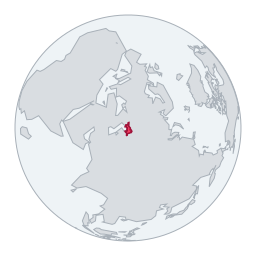 globe centered on Atyrau, rotated 83°
{"feature_id": "KAZ-3198", "entity_name": "Atyrau", "entity_type": "Region", "adm_level": 1, "iso_a3": "KAZ", "parent_name": "Kazakhstan", "parent_adm1": "", "projection": "orthographic", "projection_center": [51.054, 47.461], "detail": "fine", "context": "on_globe", "style": "filled", "palette": "rose", "viewbox_px": 256, "rotation_deg": 83, "n_neighbors": 0, "source": "natural_earth", "source_scale": "10m", "svg_char_len": 12137}
<svg xmlns="http://www.w3.org/2000/svg" viewBox="0 0 256 256"><g transform="rotate(83 128 128)"><circle cx="128" cy="128" r="113" fill="#eef3f6" stroke="#a8b0b8"/><path d="M121.5,15.5L122.4,16.1L119.5,16.1L120.1,16.4L123.8,16.5L126.1,16.6L133.3,19.7L145.1,23.1L150.4,23.4L148.0,24.2L159.0,24.5L166.4,26.9L157.1,24.7L155.4,25.0L159.9,26.8L159.2,27.5L160.9,28.8L159.6,29.6L154.3,28.5L153.3,29.1L156.6,30.3L157.3,32.1L152.7,30.1L153.5,33.0L144.7,32.3L133.3,27.3L127.5,28.5L113.1,27.7L113.5,28.8L108.2,29.6L106.6,31.2L104.4,30.8L105.1,32.5L107.4,32.6L108.5,33.4L107.7,34.4L104.8,34.0L104.7,33.4L103.5,33.9L102.3,33.3L102.5,34.2L99.0,33.7L101.4,35.8L97.7,36.8L95.7,36.1L97.3,34.1L96.8,28.3L95.3,27.4L91.5,27.9L81.2,33.0L78.9,33.0L74.7,34.6L75.3,35.3L78.8,34.5L78.8,36.5L83.0,35.5L83.7,36.3L87.4,36.2L85.3,38.5L81.1,40.9L77.9,41.1L76.0,42.3L77.7,44.1L70.5,46.7L63.5,52.6L61.8,53.2L60.8,50.4L64.1,45.0L62.7,42.2L62.0,46.5L57.7,48.3L56.3,49.7L55.6,51.1L56.6,51.5L54.8,52.7L54.9,48.8L56.5,47.6L56.5,48.8L58.0,46.4L58.0,44.1L55.9,45.4L58.2,41.4L56.7,42.4L56.4,42.2L58.6,40.8L54.6,43.3L56.9,40.6L63.9,35.4L71.4,30.6L79.1,26.5L87.2,23.0L95.6,20.1L104.1,17.9L112.7,16.4L121.5,15.5ZM127.3,16.5L124.0,16.5L120.9,16.2L123.7,16.1L127.3,16.5ZM133.0,17.7L131.2,17.7L130.7,17.0L131.9,17.2L133.0,17.7ZM154.3,23.6L151.8,22.8L154.5,23.4L154.3,23.6ZM161.4,28.9L162.3,28.9L162.8,29.6L161.4,28.9ZM88.4,35.0L87.9,35.6L87.4,35.3L88.4,35.0ZM90.4,34.5L90.2,33.7L91.2,33.3L91.3,33.8L90.4,34.5ZM161.3,31.5L161.8,32.8L160.4,31.3L161.3,31.5ZM90.5,35.5L92.9,32.8L94.6,32.2L96.4,33.7L90.5,35.5ZM161.5,33.4L162.8,36.6L165.1,36.9L159.4,38.2L160.2,34.9L158.1,32.9L160.3,33.7L161.5,33.4ZM108.5,32.1L105.9,32.1L108.7,31.2L108.5,32.1ZM110.0,31.4L116.9,27.9L120.2,28.6L117.2,29.5L122.1,29.9L120.3,31.9L117.2,32.2L115.4,31.3L116.1,32.8L110.0,31.4ZM156.1,38.5L155.7,39.2L155.1,38.3L156.1,38.5ZM109.1,33.6L110.2,32.8L113.2,33.3L111.5,35.1L111.1,34.3L109.1,33.6ZM124.2,29.0L126.2,29.8L125.2,31.7L125.9,32.3L120.6,32.0L124.2,29.0ZM110.0,34.8L110.6,36.0L108.5,36.8L108.2,34.5L110.0,34.8ZM114.7,32.7L116.0,33.1L114.7,33.5L114.7,32.7ZM101.5,40.4L102.8,39.2L104.5,39.4L101.5,40.4ZM110.9,36.5L111.6,36.2L112.4,36.2L112.3,37.2L110.9,36.5ZM120.3,33.4L119.5,34.1L122.4,33.6L121.8,35.1L118.4,34.7L119.6,35.5L119.5,36.0L116.9,35.2L120.3,33.4ZM114.7,38.1L110.1,38.4L107.4,40.4L105.8,40.3L110.5,37.1L114.7,38.1ZM116.2,36.4L114.9,37.4L113.6,36.7L113.7,35.6L116.2,36.4ZM122.7,36.3L124.4,34.1L125.1,34.3L122.7,36.3ZM114.1,38.9L115.2,38.8L114.1,39.1L114.1,38.9ZM120.3,37.2L120.9,36.4L121.6,36.6L120.3,37.2ZM117.0,39.4L115.6,39.5L115.6,38.7L117.0,39.4ZM118.7,38.5L119.7,39.0L116.5,38.4L118.9,38.1L118.7,38.5ZM121.0,37.5L121.6,37.4L120.6,37.9L121.0,37.5ZM117.8,42.6L113.8,42.0L113.8,40.1L117.7,41.0L117.8,42.6ZM28.6,156.6L26.5,137.8L29.3,134.9L31.1,128.4L51.4,120.2L54.2,124.8L68.6,131.2L70.2,133.2L66.9,137.9L76.5,150.4L81.4,147.4L91.6,154.9L99.3,156.8L104.8,146.9L92.1,143.6L91.4,137.7L102.8,135.8L114.1,138.8L114.2,136.6L108.3,130.5L112.2,127.2L106.4,128.1L107.8,130.7L104.2,131.4L102.7,129.1L104.2,128.0L101.1,126.2L95.1,132.6L95.8,135.9L87.1,134.5L87.5,140.0L84.7,141.5L82.9,132.7L84.1,130.1L79.7,119.2L77.7,121.7L81.7,132.3L79.8,130.9L77.1,134.7L77.8,130.6L73.9,118.7L66.9,116.6L55.7,122.4L52.0,120.4L50.0,115.6L56.4,106.0L63.8,111.5L66.2,108.5L66.6,101.7L68.8,104.1L69.9,102.1L72.9,104.0L79.1,101.5L82.4,102.9L86.7,97.3L89.0,97.3L85.8,100.5L85.4,103.7L93.9,107.3L96.1,106.6L98.2,102.8L100.2,104.4L101.2,100.2L107.0,100.5L100.7,96.8L103.0,92.6L107.5,90.4L107.1,88.5L99.8,92.1L97.8,94.2L98.0,97.0L91.8,102.6L88.5,102.5L90.7,94.4L86.2,93.4L89.9,87.8L107.5,80.8L113.9,80.6L120.5,89.0L118.0,91.4L114.3,89.4L116.0,95.1L116.6,92.8L118.4,94.2L121.0,90.9L122.3,91.8L122.6,87.2L124.5,87.9L124.3,90.8L129.9,86.9L134.4,87.6L135.0,86.3L134.4,84.7L140.6,86.9L140.8,85.8L138.8,84.7L137.9,82.0L138.6,78.1L140.7,79.0L140.7,80.6L143.9,85.4L143.6,89.5L144.6,89.6L145.3,86.2L141.5,80.3L141.3,77.7L143.6,80.2L142.7,79.1L143.3,78.1L145.9,78.1L143.6,75.3L147.2,64.2L152.6,63.3L154.1,66.6L158.9,60.7L164.5,60.7L162.7,59.6L163.8,56.3L162.0,56.2L161.2,55.5L163.1,47.7L165.2,46.8L164.0,42.7L163.0,42.1L161.4,42.5L159.4,38.2L165.1,36.9L166.9,38.1L169.2,36.7L173.0,39.7L177.3,41.8L180.2,46.2L183.4,47.6L183.9,46.9L188.5,48.6L196.2,54.6L187.7,52.6L175.6,45.2L180.4,48.4L178.6,48.6L179.9,50.4L183.2,52.7L184.1,52.3L185.9,61.8L192.7,70.8L193.9,67.2L197.0,67.5L205.7,75.8L212.2,94.2L216.4,95.8L218.2,98.3L218.0,102.2L215.3,98.6L213.0,99.4L211.6,96.9L210.4,102.3L208.2,98.9L208.3,105.0L210.8,106.5L212.7,102.8L213.7,109.8L218.5,111.2L221.6,116.2L222.0,131.0L218.6,139.2L218.9,141.2L216.2,141.3L214.7,147.3L221.2,152.8L221.7,155.5L218.2,164.7L217.8,162.9L210.7,163.3L210.8,170.4L216.2,171.6L218.1,176.0L214.6,177.2L212.5,173.5L210.0,173.5L209.7,167.6L205.7,160.9L202.0,165.2L201.3,161.6L195.3,156.8L189.5,162.6L181.0,176.8L181.4,185.9L177.8,191.0L169.4,180.7L166.6,172.1L163.0,174.0L154.9,167.6L139.2,169.2L137.5,166.8L134.4,168.2L128.8,165.8L126.4,161.5L122.8,161.7L129.3,172.8L133.3,172.5L137.3,168.2L138.4,172.0L143.9,175.0L135.9,184.5L113.5,191.6L112.2,184.6L99.9,162.4L100.8,160.2L100.8,159.9L100.7,159.4L98.6,162.9L96.8,158.3L102.4,174.1L102.9,180.1L113.2,192.0L112.0,192.9L115.6,195.3L128.1,193.3L128.0,195.5L121.5,205.0L104.9,215.2L107.7,222.4L107.4,227.4L98.3,228.7L100.4,232.1L95.8,232.0L96.4,233.4L93.5,233.7L88.1,232.8L77.7,228.6L76.0,227.3L69.3,222.6L59.5,211.3L61.1,208.3L59.7,204.2L52.3,190.9L53.8,186.2L52.1,182.6L48.4,180.7L46.5,176.2L44.3,174.5L31.7,164.8L28.6,156.6ZM42.8,127.9L41.8,129.7L42.8,127.9ZM125.1,147.3L132.5,148.0L130.8,140.9L133.5,140.6L131.9,138.4L130.6,140.4L127.0,134.2L130.7,132.3L130.7,129.2L128.2,128.8L121.9,133.4L127.0,142.1L124.6,144.9L125.1,147.3ZM57.7,48.5L57.6,48.8L56.6,50.4L56.4,49.9L57.7,48.5ZM55.9,56.9L53.0,58.7L55.0,56.9L54.2,56.3L57.3,52.0L61.1,53.3L58.8,53.4L55.9,56.9ZM62.4,46.9L60.0,49.3L62.5,46.7L62.4,46.9ZM73.0,90.2L73.4,92.4L71.3,94.1L67.1,93.0L70.1,90.4L73.0,90.2ZM74.4,95.1L77.8,87.7L80.5,88.3L78.4,89.2L79.9,90.3L76.9,92.1L76.2,100.1L74.4,102.2L67.6,98.6L70.8,98.5L70.3,96.3L74.4,95.1ZM81.5,69.9L83.0,67.3L87.0,71.9L85.2,73.8L80.9,72.7L80.5,69.7L81.5,69.9ZM93.2,38.8L93.5,37.9L94.3,38.0L94.7,38.8L93.2,38.8ZM102.0,39.8L92.7,43.0L92.5,42.0L87.2,45.3L84.8,44.2L88.4,42.1L82.6,43.8L84.8,41.4L80.9,42.9L89.0,38.4L90.7,36.5L89.7,38.9L91.8,40.0L93.3,39.9L98.7,38.3L103.6,35.0L106.5,35.7L107.3,37.1L106.5,38.0L104.9,37.2L105.1,38.9L102.1,38.5L102.0,39.8ZM114.4,55.7L112.8,53.9L112.8,58.4L109.8,57.5L110.0,58.1L107.3,58.6L104.2,60.3L103.1,59.6L102.4,60.6L100.6,61.1L99.3,62.2L96.8,61.4L95.0,62.8L94.8,61.6L92.4,64.3L93.1,61.9L90.8,62.5L91.3,64.4L81.2,58.2L76.4,57.8L72.0,58.8L73.9,54.9L79.2,51.7L85.8,49.5L90.2,50.6L90.2,48.8L92.3,48.8L91.4,50.2L94.1,48.1L95.6,48.6L101.5,47.3L104.4,44.2L106.6,43.8L106.2,45.2L108.7,43.8L109.5,46.3L111.1,46.1L113.5,48.4L111.7,51.5L113.7,51.0L115.6,52.9L114.4,55.7ZM118.4,43.3L117.0,46.9L114.7,48.3L111.5,43.7L110.0,43.6L107.9,40.9L111.3,39.0L111.5,39.9L112.6,40.3L111.1,40.8L113.1,40.8L113.6,42.1L115.2,42.5L114.3,43.5L118.4,43.3ZM72.9,132.1L74.2,133.1L76.6,133.9L74.9,136.5L72.9,132.1ZM70.1,124.0L71.5,124.3L70.3,128.2L68.9,127.2L70.1,124.0ZM73.2,121.4L71.6,124.1L71.7,122.1L73.2,121.4ZM87.2,100.7L88.7,100.9L88.5,101.9L87.2,103.0L87.2,100.7ZM113.7,69.6L113.1,68.1L113.8,67.8L114.8,64.4L117.1,64.9L117.4,67.1L113.7,69.6ZM102.0,148.2L99.2,149.8L98.3,148.5L99.5,148.2L102.0,148.2ZM86.0,143.4L89.2,146.0L85.5,144.1L86.0,143.4ZM116.3,69.5L116.5,68.0L117.5,69.2L116.3,69.5ZM118.8,65.1L120.2,66.1L117.5,64.5L118.8,65.1ZM126.9,228.1L121.0,235.2L115.5,234.8L113.8,232.8L115.6,228.4L121.6,227.4L124.4,225.0L126.9,228.1ZM230.9,171.4L232.1,169.5L231.9,169.9L230.9,171.4ZM229.8,172.6L231.3,170.2L229.4,173.7L229.8,172.6ZM231.8,169.2L233.3,166.0L234.0,164.3L233.7,165.2L231.8,169.2ZM228.7,174.2L221.8,182.8L218.8,185.2L219.8,183.2L224.6,178.2L228.7,174.2ZM219.5,183.4L214.6,184.6L206.2,179.9L209.3,178.0L217.7,178.1L217.2,179.6L220.2,179.5L219.5,183.4ZM230.5,164.4L229.9,168.2L226.3,172.8L224.6,174.4L223.4,171.6L224.1,168.5L225.6,166.9L230.2,152.2L232.1,151.6L230.9,157.1L232.4,158.0L230.5,164.4ZM182.0,186.5L184.9,190.4L182.8,192.1L182.0,186.5ZM231.1,143.8L229.9,150.2L230.7,142.9L231.1,143.8ZM231.0,137.8L231.6,139.4L230.5,138.8L231.0,137.8ZM219.7,143.8L218.2,146.0L217.7,144.7L219.4,141.1L219.7,143.8ZM224.0,120.6L225.7,124.5L226.0,126.2L224.4,124.8L224.0,120.6ZM135.9,72.9L131.9,76.9L130.6,80.5L132.2,83.3L128.2,81.2L130.3,75.7L135.9,72.9ZM145.6,65.1L144.2,62.8L145.9,62.8L146.5,63.3L145.6,65.1ZM144.0,64.4L140.2,63.6L140.1,61.7L143.1,62.7L144.0,64.4ZM128.1,66.3L126.8,67.4L126.0,66.4L128.1,66.3ZM220.3,192.6L220.5,192.3L221.6,190.6L220.3,192.6ZM233.7,166.2L235.6,160.6L236.3,158.6L233.7,166.2ZM239.8,142.0L239.2,145.1L239.1,144.8L239.6,141.6L238.7,144.4L239.8,139.2L239.9,140.6L240.4,135.5L240.5,134.0L239.8,142.0ZM239.1,146.3L239.2,146.1L239.2,145.9L239.1,146.3ZM237.1,152.3L237.0,153.3L236.6,153.8L237.1,152.3ZM237.7,150.3L238.6,147.8L237.5,151.4L237.7,150.3ZM233.2,157.3L233.7,158.4L235.3,154.1L234.1,158.3L234.8,159.6L234.3,161.6L233.7,160.0L232.9,164.4L232.2,165.7L232.1,163.2L233.0,157.8L233.7,154.9L236.3,148.7L233.2,157.3ZM237.8,147.8L237.4,146.2L237.6,143.9L238.0,144.3L237.8,147.8ZM235.9,142.9L234.5,142.3L233.6,145.5L234.9,137.1L236.2,139.1L235.9,142.9ZM233.9,138.4L233.2,141.3L233.7,136.9L233.9,138.4ZM232.7,140.8L232.1,139.0L233.0,137.7L232.7,140.8ZM234.5,137.5L233.8,133.6L234.6,134.9L234.5,137.5ZM230.5,134.9L233.2,135.1L230.5,137.9L228.2,131.2L229.1,129.2L230.5,134.9ZM221.9,96.6L220.4,95.1L220.6,92.9L221.6,94.6L221.9,96.6ZM220.1,85.1L220.2,91.9L220.1,97.6L221.1,97.3L222.9,101.5L220.2,100.2L218.8,93.8L219.3,90.1L217.3,86.8L216.5,82.7L213.6,79.8L212.5,77.3L215.3,79.0L220.1,85.1ZM212.3,78.7L206.9,72.7L208.3,70.3L209.8,71.1L211.7,74.8L210.8,75.8L212.3,78.7ZM206.0,70.6L205.1,71.6L195.3,66.4L193.6,64.8L201.8,67.1L201.4,68.3L203.5,70.1L206.0,70.6ZM156.9,39.5L155.8,39.2L156.8,38.9L156.9,39.5ZM160.2,55.5L159.3,54.4L160.5,54.0L160.2,55.5ZM157.4,51.3L156.7,52.5L156.6,50.8L157.4,51.3ZM155.3,55.4L156.0,52.8L156.6,55.9L155.3,55.4Z" fill="#d9dde1" stroke="#a8b0b8" stroke-width="1"/><path d="M123.1,127.4L122.9,127.3L122.8,127.2L122.7,126.9L122.9,126.8L122.9,126.7L122.8,126.4L125.2,126.8L125.9,127.0L125.9,126.9L126.5,126.8L127.6,126.1L127.8,126.0L128.0,125.8L128.1,125.7L128.3,125.7L128.9,125.7L129.0,125.7L129.0,125.8L129.2,126.0L129.3,126.0L129.5,126.0L129.9,126.1L130.0,126.1L130.0,125.8L130.2,125.5L130.2,125.2L130.4,125.0L130.5,125.0L130.9,125.0L131.1,124.9L131.4,124.6L131.5,124.6L131.6,124.8L131.8,124.7L131.9,124.9L131.9,125.1L131.9,125.3L131.9,125.5L132.4,125.6L132.5,125.4L132.6,125.2L132.7,125.3L132.9,125.4L132.9,125.6L132.9,126.0L133.0,126.4L133.0,126.6L133.2,126.8L133.3,127.3L133.3,127.5L133.3,128.2L133.3,128.5L133.5,128.9L133.7,129.2L134.0,129.4L135.1,129.7L135.1,129.9L135.2,130.1L135.3,130.2L135.3,130.3L135.2,130.4L134.9,130.4L134.8,130.2L134.6,130.3L134.5,130.2L134.4,129.9L134.3,130.0L134.0,129.8L133.7,130.0L133.2,130.1L132.2,130.4L131.9,130.4L131.7,130.7L131.6,130.9L131.7,131.0L131.4,131.2L130.7,131.4L130.6,131.2L130.7,130.9L130.8,130.8L130.8,130.7L130.9,130.3L130.9,130.2L130.7,130.0L130.7,129.9L130.7,130.0L130.8,130.0L130.8,129.9L130.7,129.9L130.7,129.7L130.7,129.8L130.7,129.7L130.8,129.7L130.9,129.4L130.7,129.2L130.4,129.0L130.2,129.0L130.0,128.9L129.9,128.9L129.8,129.0L129.6,129.1L129.6,129.3L129.4,129.3L129.4,129.2L129.2,129.1L128.9,129.0L128.8,128.9L128.7,128.9L128.4,128.7L128.2,128.7L127.9,128.8L127.7,128.8L127.6,129.1L127.4,129.0L127.2,129.2L127.1,129.3L127.1,129.2L127.0,129.3L126.9,129.4L126.7,129.5L126.4,129.7L126.3,129.8L126.3,129.7L126.3,129.8L126.2,129.8L126.1,129.7L126.1,129.8L125.9,129.8L125.9,129.7L125.9,129.8L125.7,129.8L125.7,129.7L125.7,129.8L125.8,129.9L125.7,129.9L125.7,130.0L125.6,129.9L125.6,130.0L125.4,130.0L125.5,130.1L125.3,130.0L125.2,130.0L125.1,129.9L124.9,129.8L124.8,129.7L124.6,129.7L124.6,129.4L124.8,129.3L124.9,129.5L125.1,129.5L125.2,129.4L124.8,128.7L124.7,128.1L124.4,127.9L124.2,127.4L123.5,127.3L123.2,127.2L123.2,127.3L123.1,127.4ZM126.3,130.2L126.3,130.3L126.2,130.2L126.3,130.2L126.3,130.2Z" fill="#f43f5e" stroke="#9f1239" stroke-width="1.5"/></g></svg>